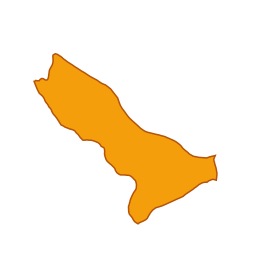 Halmin, Lahij, Yemen (Mercator projection), rotated 251°
{"feature_id": "15242507B61781927650682", "entity_name": "Halmin", "entity_type": "district", "adm_level": 2, "iso_a3": "YEM", "parent_name": "Yemen", "parent_adm1": "Lahij", "projection": "mercator", "projection_center": [44.941, 13.696], "detail": "fine", "context": "isolated", "style": "filled", "palette": "amber", "viewbox_px": 256, "rotation_deg": 251, "n_neighbors": 0, "source": "geoboundaries", "source_scale": "gbopen_adm2", "svg_char_len": 5267}
<svg xmlns="http://www.w3.org/2000/svg" viewBox="0 0 256 256"><g transform="rotate(251 128 128)"><path d="M202.7,54.4L199.4,54.5L194.3,54.8L189.8,55.4L186.1,57.5L184.2,58.1L183.3,58.3L182.6,58.3L181.9,58.4L181.2,58.4L180.6,58.4L180.3,58.5L178.5,58.9L177.6,59.3L177.0,59.5L176.2,59.7L175.4,59.9L174.6,60.0L173.9,60.1L173.0,60.3L172.5,60.7L171.9,60.9L171.2,61.2L170.5,61.3L169.9,61.3L169.1,61.4L168.4,61.4L167.7,61.5L166.9,61.6L166.1,61.8L165.4,62.0L164.7,62.2L163.9,62.6L163.2,62.9L162.5,63.2L161.7,63.4L161.1,63.6L160.4,63.9L159.7,64.0L159.1,64.2L158.2,64.4L157.6,64.6L156.8,64.8L155.9,64.9L155.2,65.1L154.4,65.3L153.5,65.5L152.7,65.7L152.2,66.2L151.8,66.7L151.2,67.3L150.7,67.7L150.1,68.2L149.5,68.6L149.1,69.1L148.6,69.6L148.2,70.2L147.7,70.7L147.3,71.2L146.8,71.7L146.3,72.3L145.9,72.8L145.4,73.6L145.0,74.2L144.6,74.8L144.1,75.4L143.6,75.9L143.1,76.4L142.6,76.8L141.9,77.0L141.1,77.3L140.5,77.4L139.8,77.8L139.1,78.2L138.5,78.5L137.8,78.8L137.2,79.0L136.5,79.2L135.7,79.5L134.9,79.6L134.2,79.9L133.6,80.2L133.0,80.6L132.4,80.8L131.7,81.0L131.2,81.4L130.9,82.1L130.7,82.7L130.5,83.5L130.3,84.3L130.2,84.9L130.0,85.6L129.6,86.2L129.3,86.9L129.0,87.6L128.8,88.2L128.6,88.9L128.3,89.4L127.8,90.1L127.5,90.7L127.0,91.3L126.8,91.7L126.7,91.8L126.2,92.3L125.7,92.9L125.2,93.5L124.7,94.0L124.3,94.5L123.7,95.0L123.1,95.4L122.5,95.8L121.8,96.1L121.0,96.3L120.3,96.5L119.6,96.6L119.0,97.0L118.6,97.5L118.0,98.0L117.5,98.5L116.9,98.8L116.2,98.9L115.5,98.8L114.8,98.6L114.1,98.5L113.1,98.2L112.4,97.9L111.3,97.4L110.6,97.3L109.8,97.2L109.1,97.1L108.5,97.0L107.7,97.0L106.9,97.0L105.9,97.0L105.2,97.0L104.6,97.2L103.9,97.3L103.1,97.7L102.3,98.0L101.7,98.4L100.9,98.8L100.3,99.1L99.7,99.5L99.1,99.9L98.5,100.3L97.8,100.6L97.2,100.9L96.4,101.3L95.8,101.6L95.0,102.0L94.3,102.2L93.7,102.4L93.0,102.3L92.2,102.3L91.5,102.4L90.8,102.6L89.9,102.8L89.3,103.0L88.5,103.5L87.8,104.0L87.3,104.4L86.7,104.9L86.2,105.5L85.9,106.1L85.7,106.7L85.5,107.3L85.2,108.1L85.0,108.8L84.7,109.4L84.5,110.1L84.1,110.8L83.7,111.5L83.4,112.3L83.1,113.0L82.8,113.7L82.3,114.3L81.6,114.9L81.1,115.3L80.4,115.7L79.8,116.0L79.1,116.4L78.3,116.7L77.6,117.0L76.9,117.4L76.2,117.7L75.6,117.9L74.7,117.9L74.0,117.9L73.2,117.8L72.3,117.7L71.6,117.5L71.0,117.3L70.3,117.0L69.7,116.8L68.7,116.3L68.1,116.0L67.6,115.6L67.1,115.0L66.6,114.4L66.1,113.7L65.7,113.2L65.3,112.6L64.8,112.0L64.3,111.5L63.7,110.9L63.3,110.4L62.7,109.9L62.2,109.4L61.6,108.8L61.1,108.4L60.6,107.9L60.1,107.4L59.4,106.9L58.9,106.5L58.2,106.1L57.6,105.8L57.0,105.3L56.3,104.8L55.7,104.5L55.1,104.1L54.5,103.6L54.0,103.1L53.3,102.8L52.4,102.5L51.5,102.3L50.9,102.0L49.9,101.8L49.3,101.6L48.5,101.4L47.8,101.3L47.2,101.3L46.3,101.2L45.7,101.4L45.1,101.6L44.4,101.9L43.7,102.1L43.1,102.4L42.3,102.6L41.7,102.8L41.0,102.9L40.4,103.0L39.3,103.2L38.5,103.4L37.8,103.7L37.2,103.9L36.6,104.3L36.0,104.7L35.4,105.2L34.6,105.8L34.5,106.0L34.2,106.3L34.2,107.0L34.7,107.5L35.0,111.7L35.5,114.9L36.3,116.8L38.3,118.9L40.6,121.7L42.4,124.7L43.5,128.2L43.3,134.8L43.7,139.7L44.3,146.0L44.8,150.9L45.1,154.9L45.4,157.8L46.6,160.8L47.8,165.4L48.9,169.5L49.0,169.8L49.3,170.5L49.6,171.3L49.8,172.0L50.0,172.9L50.3,173.7L50.5,174.4L50.8,175.2L51.1,175.9L51.3,176.5L51.5,177.2L51.6,177.9L51.7,178.7L51.9,179.4L51.9,180.0L51.9,180.7L51.9,181.4L51.8,182.1L51.7,182.8L51.5,183.6L51.2,184.4L51.1,185.0L51.1,185.7L51.5,186.3L51.6,186.5L51.9,189.1L51.9,191.6L49.9,194.5L54.7,196.8L56.8,197.5L58.3,197.7L60.1,198.0L61.6,198.2L63.1,198.3L64.6,198.3L66.1,198.4L67.6,198.6L69.2,198.6L70.6,199.0L71.9,200.0L73.1,201.2L73.6,201.6L73.6,200.6L73.8,199.1L74.0,197.6L74.1,196.1L74.1,194.5L74.1,193.0L74.1,192.6L77.2,185.4L80.0,180.6L83.5,177.5L85.0,176.8L86.4,176.0L87.7,175.1L89.1,174.3L90.5,173.5L92.0,172.9L93.6,172.4L95.1,171.7L96.4,170.9L97.9,169.9L99.2,169.0L100.4,168.0L101.4,167.0L102.5,165.9L103.7,164.5L104.8,163.4L106.1,161.9L107.2,160.8L108.2,159.6L109.0,158.4L109.8,157.1L110.8,155.8L111.8,154.3L112.6,152.9L113.5,151.5L114.5,149.9L115.4,148.6L116.2,147.3L117.1,145.9L118.0,144.6L119.1,143.3L120.4,142.1L121.8,141.1L123.0,140.2L124.3,139.4L125.7,138.7L127.2,137.9L128.7,137.1L130.2,136.2L131.5,135.5L133.1,134.6L134.4,133.9L135.9,133.1L137.4,132.4L139.0,131.8L140.4,131.3L142.1,130.8L143.5,130.4L144.9,130.0L146.3,129.5L147.8,129.0L149.3,128.6L150.8,128.3L152.2,128.1L153.9,128.0L155.4,128.0L156.8,128.0L158.3,128.0L159.8,128.0L170.6,124.3L176.1,120.7L177.0,119.6L178.0,118.5L179.1,117.4L180.3,116.5L181.6,115.5L182.9,114.6L184.1,113.6L185.2,112.5L186.3,111.5L187.4,110.5L188.6,109.4L189.8,108.4L191.1,107.4L192.4,106.4L193.7,105.4L194.3,105.0L195.0,104.4L196.2,103.3L197.5,102.2L198.7,101.3L200.0,100.3L201.2,99.4L202.3,98.4L203.5,97.5L204.8,96.6L206.0,95.7L207.1,94.8L208.5,93.7L209.7,92.7L210.9,91.9L212.3,91.0L213.6,90.0L214.9,89.2L216.3,88.5L217.5,87.7L218.6,86.8L219.8,85.9L220.8,85.0L220.9,84.8L221.8,83.6L221.7,82.2L221.3,80.8L219.9,80.2L218.4,79.8L217.1,79.4L215.6,78.9L215.1,78.7L214.3,78.3L213.0,77.4L211.8,76.4L210.7,75.1L209.7,74.0L208.7,72.9L207.5,72.1L206.1,71.4L204.8,70.8L204.1,70.4L203.4,70.1L202.0,69.3L200.6,68.4L199.8,67.2L200.1,65.7L201.2,64.8L201.9,64.2L202.4,63.7L202.9,62.3L202.5,60.8L201.6,59.2L201.9,58.4L202.1,57.8L202.4,57.2L203.0,56.4L202.8,55.7L202.6,55.0L202.7,54.4Z" fill="#f59e0b" stroke="#b45309" stroke-width="1.5"/></g></svg>